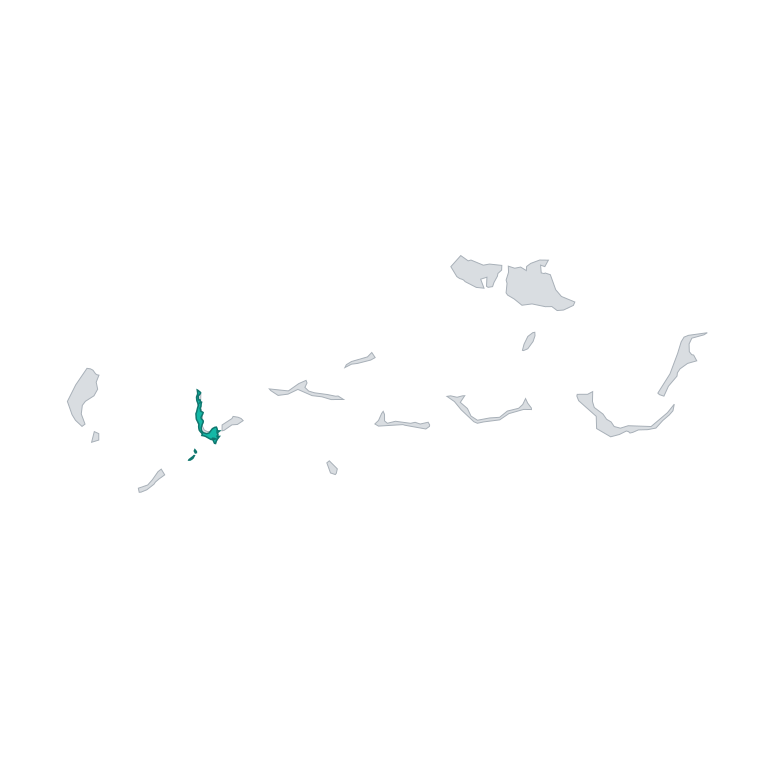 The Bahamas, with Acklins highlighted, rotated 126°
{"feature_id": "BHS-5036", "entity_name": "Acklins", "entity_type": "District", "adm_level": 1, "iso_a3": "BHS", "parent_name": "The Bahamas", "parent_adm1": "", "projection": "orthographic", "projection_center": [-73.948, 22.452], "detail": "fine", "context": "in_parent", "style": "filled", "palette": "teal", "viewbox_px": 768, "rotation_deg": 126, "n_neighbors": 0, "source": "natural_earth", "source_scale": "10m", "svg_char_len": 4953}
<svg xmlns="http://www.w3.org/2000/svg" viewBox="0 0 768 768"><g transform="rotate(126 384 384)"><path d="M239.2,318.7L238.7,328.7L239.4,336.2L238.5,338.8L230.3,343.6L228.1,346.3L220.4,348.9L215.6,352.7L213.5,346.3L209.1,342.2L208.6,335.5L205.1,337.7L200.2,336.2L192.2,330.9L187.2,323.8L194.5,322.9L195.8,327.2L201.7,322.1L200.5,319.3L199.5,318.9L197.8,313.7L206.8,300.5L208.9,291.9L205.5,277.8L209.1,277.0L218.6,282.2L222.8,287.1L222.7,293.7L226.6,298.9L232.2,311.3L239.2,318.7ZM244.6,356.6L244.7,358.5L237.1,363.5L242.4,367.4L247.7,359.4L251.6,366.1L253.5,378.5L253.1,380.6L253.4,382.4L254.2,384.8L254.3,388.2L249.8,398.9L235.0,397.4L234.9,388.3L232.6,386.5L229.5,373.5L225.0,369.2L218.8,358.4L222.7,355.8L227.6,356.8L230.2,355.6L237.2,354.7L241.4,353.4L244.6,356.6ZM594.7,612.3L592.2,618.3L584.2,629.9L565.9,632.9L545.9,633.5L544.3,630.4L543.9,627.6L545.3,623.3L545.2,621.6L544.4,619.8L551.7,617.9L556.5,612.6L564.0,611.7L573.5,615.4L578.6,615.5L586.2,611.3L592.2,602.3L595.8,603.4L594.7,612.3ZM280.4,220.9L278.8,221.6L272.6,213.2L267.5,210.7L275.7,205.0L279.4,200.1L279.6,189.2L281.7,183.2L281.2,178.0L283.1,172.8L280.8,166.8L274.2,161.9L261.4,142.9L240.6,137.8L229.7,137.3L235.8,134.5L241.3,135.0L249.7,137.0L259.8,138.1L265.9,143.8L271.6,151.2L276.9,154.3L279.1,156.2L278.8,158.3L279.6,160.3L286.5,163.9L293.5,169.6L295.1,185.8L285.4,193.3L283.1,216.7L280.4,220.9ZM188.9,150.5L197.7,153.4L202.5,153.2L205.4,151.6L218.6,152.6L229.3,150.4L230.7,154.9L230.4,157.1L207.7,158.6L186.7,164.4L175.1,168.4L169.7,168.8L165.7,166.3L152.5,152.6L156.2,154.1L166.0,161.9L172.3,160.7L178.4,156.0L179.4,152.3L178.6,150.5L181.4,144.6L188.9,150.5ZM322.5,256.1L334.6,265.6L345.0,269.3L356.1,281.1L360.9,285.4L361.7,289.2L359.5,306.4L356.8,316.7L357.0,325.8L354.4,323.1L351.8,317.1L347.5,313.6L346.0,311.8L354.0,311.5L354.8,302.1L358.8,294.8L358.4,287.1L349.3,278.5L343.0,270.9L333.4,268.3L324.5,260.8L319.1,259.7L312.6,260.9L315.0,256.6L316.8,250.7L318.0,249.7L322.5,256.1ZM455.9,471.8L455.4,473.9L445.8,457.3L433.8,453.2L426.9,449.2L428.4,446.9L433.2,446.0L434.0,440.8L432.0,435.1L425.8,423.6L422.3,415.9L420.7,414.1L420.3,407.6L427.7,417.7L430.8,426.6L435.7,435.4L439.0,450.5L448.6,455.7L455.5,463.0L455.9,471.8ZM504.0,528.1L498.6,530.6L499.8,526.3L510.1,519.1L515.8,512.7L519.0,510.5L520.2,508.7L524.7,506.4L526.9,502.3L526.3,498.9L521.6,493.4L521.7,489.5L523.3,486.7L531.2,485.4L529.1,489.6L532.2,501.3L521.7,516.0L512.7,520.5L504.0,528.1ZM421.3,363.7L421.7,367.9L416.7,367.0L409.2,368.6L406.6,368.6L408.3,365.7L413.5,361.9L413.8,358.2L407.4,352.8L400.2,339.4L396.7,336.3L395.1,331.2L389.0,325.8L390.3,323.0L391.6,322.3L395.8,323.7L405.1,342.9L405.7,344.8L421.3,363.7ZM593.0,510.2L597.7,511.3L600.3,511.2L609.0,513.7L614.3,517.0L615.5,518.4L612.7,521.5L604.6,515.8L597.6,515.1L587.7,515.3L583.8,514.2L586.4,508.0L593.0,510.2ZM515.4,486.1L517.1,487.5L512.3,490.9L501.3,486.7L498.9,487.0L496.7,482.6L495.9,479.4L496.4,476.4L502.9,478.8L506.4,483.0L515.4,486.1ZM269.5,294.1L261.0,295.6L255.0,293.8L253.5,292.4L256.2,290.2L261.9,288.4L271.0,288.4L275.0,290.8L275.4,291.8L269.5,294.1ZM393.7,425.3L390.5,425.8L384.9,423.5L371.8,413.3L365.7,412.4L367.8,406.7L372.4,408.8L383.0,417.6L387.0,421.9L393.7,425.3ZM487.4,375.0L481.4,383.9L478.3,383.1L480.1,371.9L484.3,370.1L485.9,370.2L487.4,375.0ZM603.0,586.3L592.8,590.4L591.8,585.6L597.0,581.8L603.0,586.3Z" fill="#d9dde1" stroke="#a8b0b8" stroke-width="1"/><path d="M520.1,491.5L519.6,491.0L518.5,489.3L521.1,490.0L521.7,490.3L521.9,489.4L522.5,488.7L523.2,488.4L523.8,488.6L524.3,488.3L524.5,488.2L524.8,488.1L524.8,487.5L524.2,487.3L523.9,487.2L523.7,486.9L523.2,486.3L527.2,486.4L529.0,486.1L531.1,485.3L531.2,485.6L531.2,485.8L531.3,486.1L531.6,486.3L529.8,489.5L528.9,490.3L528.9,489.5L528.6,488.8L528.1,488.4L527.4,488.1L527.7,489.3L528.3,490.3L529.2,490.9L530.0,490.3L530.6,491.5L531.3,497.7L531.7,499.0L532.7,501.1L531.3,501.4L530.8,502.8L530.5,504.6L530.0,506.2L529.3,507.1L528.2,508.2L527.0,509.2L526.1,509.6L525.2,510.3L522.7,515.2L518.7,518.6L518.0,518.9L517.2,519.0L512.6,520.9L510.7,521.3L509.5,522.4L507.6,525.4L507.0,526.1L504.9,527.9L504.2,528.2L502.4,528.5L501.1,529.2L498.6,531.6L498.5,530.9L498.6,528.0L498.9,527.1L499.7,526.9L502.8,527.2L503.4,526.9L505.7,524.8L505.8,524.3L505.0,523.7L505.0,523.2L506.5,522.2L507.0,522.0L506.6,521.9L506.2,521.7L506.0,521.4L505.9,520.9L507.5,520.3L509.7,518.9L511.5,518.6L511.9,518.4L512.7,517.2L513.7,516.5L513.6,515.4L513.4,514.3L513.4,513.5L514.8,513.0L516.9,512.8L518.8,512.3L519.6,511.0L519.9,509.0L520.8,508.0L522.1,507.6L523.8,507.3L526.8,506.2L528.9,504.3L529.6,501.6L528.5,498.3L526.4,496.7L521.0,496.6L518.5,495.4L517.4,494.3L517.5,494.0L518.5,492.5L519.0,492.0L519.5,491.7L520.1,491.5ZM560.3,497.2L559.8,497.3L556.6,496.4L555.1,495.9L553.6,495.7L553.4,495.3L554.8,495.1L556.1,494.9L557.8,495.3L559.5,496.1L560.3,497.2ZM548.9,496.1L549.8,495.4L550.7,496.1L549.7,498.1L548.3,498.4L548.9,496.1Z" fill="#14b8a6" stroke="#0f766e" stroke-width="1.5"/></g></svg>